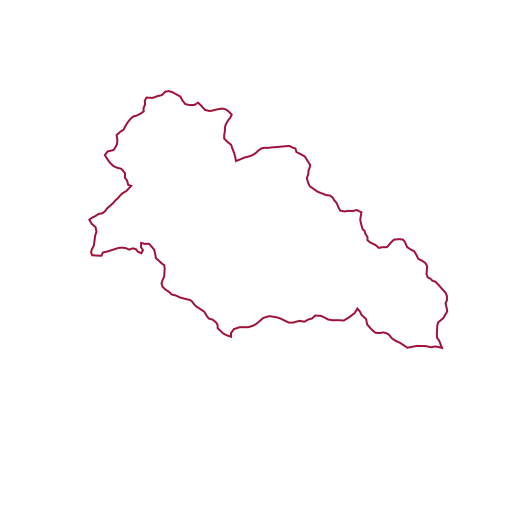 outline of Taquaritinga, São Paulo, Brazil, rotated 49°
{"feature_id": "56859067B88772745277666", "entity_name": "Taquaritinga", "entity_type": "district", "adm_level": 2, "iso_a3": "BRA", "parent_name": "Brazil", "parent_adm1": "São Paulo", "projection": "mercator", "projection_center": [-48.54, -21.441], "detail": "fine", "context": "isolated", "style": "outline", "palette": "rose", "viewbox_px": 512, "rotation_deg": 49, "n_neighbors": 0, "source": "geoboundaries", "source_scale": "gbopen_adm2", "svg_char_len": 3632}
<svg xmlns="http://www.w3.org/2000/svg" viewBox="0 0 512 512"><g transform="rotate(49 256 256)"><path d="M102.3,199.1L101.6,203.3L98.6,207.1L95.0,209.7L90.4,209.5L86.1,208.5L81.1,210.3L77.8,211.5L74.3,213.6L72.5,216.6L72.8,221.5L70.6,225.7L68.8,230.4L64.6,234.7L65.8,238.0L68.8,240.3L70.7,244.0L73.2,245.9L72.8,249.9L71.7,254.0L70.1,257.4L70.2,261.1L70.9,265.0L72.3,269.5L73.8,273.0L73.2,277.0L73.3,281.9L76.2,283.7L78.4,285.3L80.4,287.6L81.6,290.6L82.6,293.8L81.1,296.9L79.7,299.4L80.7,303.9L87.5,304.9L90.1,305.0L94.2,304.7L97.8,303.2L101.8,300.5L104.6,300.4L107.6,300.6L111.0,303.6L114.4,303.8L118.5,305.8L121.2,304.2L121.9,311.1L121.1,315.5L121.2,318.7L121.8,322.4L121.7,325.3L122.3,328.3L122.4,333.2L122.3,336.9L123.2,340.7L123.0,344.0L121.0,347.0L120.5,351.0L119.6,354.3L119.2,357.9L123.6,358.9L129.0,358.2L133.0,360.5L135.1,364.0L139.6,369.1L141.7,371.4L143.0,375.0L144.9,378.0L147.9,379.2L151.4,375.7L154.4,372.5L152.9,369.2L154.3,366.8L155.7,363.8L157.2,360.4L158.4,357.4L160.0,354.0L162.0,351.4L164.8,349.0L168.0,347.5L169.3,344.1L171.9,342.2L175.3,342.3L178.7,340.7L177.4,337.5L173.9,337.0L170.8,334.1L174.1,331.8L176.4,328.8L180.6,328.6L184.4,328.7L188.8,331.0L192.0,333.0L196.4,332.3L200.0,332.0L202.6,331.3L205.3,332.9L207.9,335.5L211.2,338.7L212.7,342.0L214.7,345.3L217.8,346.7L221.7,346.4L226.0,345.2L229.9,344.8L233.1,342.5L237.4,340.6L242.4,337.2L246.0,334.6L248.8,334.1L251.7,334.4L254.8,334.3L257.9,333.3L264.0,331.6L268.4,332.4L272.1,332.7L275.8,330.4L280.0,329.7L282.8,330.2L285.3,332.3L288.4,332.0L292.9,331.6L296.5,330.2L300.6,327.8L297.8,325.5L296.7,320.6L299.0,315.1L304.9,308.2L306.8,303.5L307.5,299.8L307.5,295.2L307.5,291.3L308.8,288.1L310.1,285.5L312.7,283.2L315.3,281.0L318.9,278.7L323.6,276.7L327.8,274.9L330.6,271.7L333.3,265.9L337.3,262.6L338.2,258.3L339.9,254.7L339.8,250.3L343.9,246.2L347.5,244.6L351.2,243.3L355.0,240.1L356.7,238.0L358.9,235.5L362.3,232.1L363.3,226.1L363.8,219.0L362.2,214.0L366.1,214.0L369.6,215.0L375.8,214.3L380.6,217.0L385.7,217.0L388.9,216.8L392.4,216.2L395.5,212.9L397.0,210.3L399.1,208.6L402.6,207.3L407.1,207.5L411.3,206.4L416.3,204.2L424.6,201.9L426.8,198.0L429.0,194.2L432.5,190.1L435.6,186.8L439.8,183.7L441.7,180.3L444.0,178.3L447.4,175.9L444.1,174.8L440.1,173.3L436.5,173.0L433.3,170.5L430.7,167.9L427.8,165.2L425.6,162.2L425.8,155.7L424.3,151.2L423.3,148.1L420.7,146.4L416.1,144.1L414.6,140.8L411.3,138.1L408.3,137.1L404.4,137.2L397.6,137.2L392.9,137.5L390.5,139.1L387.7,139.2L384.8,140.4L381.7,139.3L379.3,136.9L376.0,133.5L372.2,132.8L367.9,134.0L364.6,135.4L360.6,134.3L356.3,133.5L352.2,135.1L348.5,136.1L343.0,134.4L339.9,134.4L337.2,136.9L334.2,141.1L334.3,145.0L334.8,148.3L335.2,151.4L332.1,155.1L330.6,157.9L325.9,158.7L320.7,160.9L317.2,161.5L314.9,159.5L310.8,158.8L308.2,157.6L305.5,157.9L301.9,156.2L297.2,153.7L294.2,150.3L292.2,147.8L287.4,149.8L285.4,153.7L282.5,156.7L280.5,159.9L277.0,162.7L272.1,161.5L269.2,160.4L265.0,160.4L262.0,159.8L258.9,160.5L256.2,163.0L250.5,166.0L247.7,167.4L238.9,169.6L235.0,168.7L230.7,166.6L228.4,162.7L226.3,160.7L224.7,157.9L222.8,155.4L217.6,154.6L213.0,153.9L209.1,155.2L204.0,157.3L200.7,155.7L197.5,157.6L194.9,158.5L192.9,161.2L187.2,169.1L184.2,173.1L182.0,176.4L180.0,178.5L178.4,181.2L178.0,184.5L178.1,189.3L177.5,192.6L176.4,195.7L174.2,199.9L172.8,204.3L171.2,208.8L168.0,206.9L164.0,205.0L159.0,203.2L155.7,201.8L151.2,202.7L146.5,203.0L143.7,200.5L141.2,197.4L138.6,195.1L137.0,192.7L135.2,187.7L134.7,184.6L133.3,181.5L128.6,181.9L125.3,182.8L122.7,184.6L120.5,188.0L118.9,190.8L117.6,193.7L116.0,196.0L112.4,198.6L106.2,198.8L102.3,199.1Z" fill="none" stroke="#9f1239" stroke-width="2"/></g></svg>